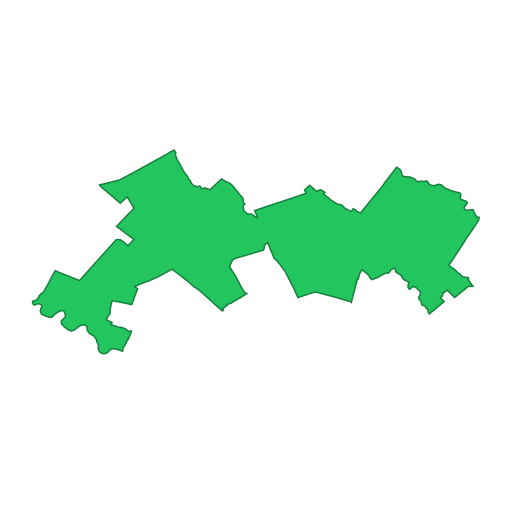 the district of Ulmi, Dâmbovita, Romania, rotated 182°
{"feature_id": "2599482B32143237238220", "entity_name": "Ulmi", "entity_type": "district", "adm_level": 2, "iso_a3": "ROU", "parent_name": "Romania", "parent_adm1": "Dâmbovita", "projection": "robinson", "projection_center": [25.49, 44.891], "detail": "fine", "context": "isolated", "style": "filled", "palette": "green", "viewbox_px": 512, "rotation_deg": 182, "n_neighbors": 0, "source": "geoboundaries", "source_scale": "gbopen_adm2", "svg_char_len": 6034}
<svg xmlns="http://www.w3.org/2000/svg" viewBox="0 0 512 512"><g transform="rotate(182 256 256)"><path d="M395.2,327.1L414.8,321.6L413.8,320.3L413.2,319.7L409.2,316.5L407.6,315.3L403.9,312.3L400.7,309.9L397.3,307.0L396.0,306.1L394.9,305.1L393.5,304.0L386.8,310.6L379.5,299.4L384.8,293.7L396.4,280.7L378.6,268.3L384.4,261.8L388.4,265.2L391.4,267.1L392.1,267.4L394.1,267.7L395.9,267.5L396.5,267.2L416.2,243.7L431.5,225.3L444.1,229.9L446.4,230.6L453.3,233.2L456.1,234.4L459.3,228.3L459.4,228.0L463.1,220.2L465.4,215.8L465.9,215.2L466.9,212.8L467.8,211.7L469.2,211.1L471.2,208.8L471.4,208.6L471.3,207.8L471.5,207.3L472.1,206.9L473.3,205.0L475.8,203.4L476.8,203.4L477.2,203.3L477.7,202.8L477.8,202.1L477.1,200.2L475.7,199.2L474.4,199.9L472.8,200.5L471.8,200.6L470.6,200.5L470.0,200.3L468.7,199.4L468.2,198.4L468.4,197.3L469.2,196.1L469.6,194.0L469.4,192.7L468.8,191.4L468.4,190.3L464.4,188.8L460.2,187.5L458.7,187.6L457.5,187.9L456.6,189.0L454.6,191.1L452.5,192.8L449.7,194.1L448.1,194.6L446.8,194.6L446.0,194.1L444.4,190.5L444.3,189.1L445.3,187.4L446.7,186.1L448.2,184.5L448.3,183.3L447.7,181.1L445.5,178.8L442.0,176.3L439.9,175.2L438.3,174.6L435.3,175.4L431.5,178.6L429.1,180.4L426.3,181.1L424.2,180.9L422.4,179.4L422.3,176.6L421.4,174.9L419.8,172.9L415.1,170.2L412.4,166.7L412.1,164.7L411.0,162.9L410.3,161.0L410.3,160.2L410.5,158.6L410.2,157.0L409.0,154.8L407.0,153.4L404.7,153.0L402.3,153.5L400.3,155.0L398.6,157.3L396.2,158.3L394.3,158.3L390.5,157.6L386.1,156.2L385.6,159.7L385.3,159.9L382.4,165.0L382.4,165.3L382.7,165.6L380.0,169.7L380.3,170.1L379.9,171.1L379.2,172.4L378.5,174.4L378.0,176.5L378.0,176.8L380.3,176.3L380.9,176.5L381.4,176.7L384.2,178.7L385.7,179.4L388.8,180.0L389.6,180.0L390.6,179.9L391.3,179.9L393.6,181.0L394.5,181.3L395.7,181.6L396.9,181.7L397.6,182.0L398.4,182.3L398.5,182.4L397.5,184.4L403.5,187.2L401.7,190.7L400.3,192.5L399.8,193.3L399.9,196.3L399.8,198.2L399.2,202.0L398.4,205.6L398.3,205.9L397.9,206.2L392.5,205.5L384.3,204.1L383.1,204.0L381.3,203.5L378.5,203.1L374.4,215.7L373.1,218.9L376.2,221.3L372.9,222.7L370.9,223.8L366.9,225.6L365.2,226.2L364.0,226.7L358.0,229.4L357.1,230.0L353.8,231.4L350.8,233.2L349.7,233.7L347.6,235.0L347.0,235.5L345.8,236.1L344.0,237.1L343.0,237.9L341.6,238.6L339.4,239.9L338.9,239.5L332.7,235.1L325.0,229.5L323.7,228.8L315.9,222.2L314.8,222.2L313.6,221.1L311.7,219.9L301.5,211.5L300.6,210.6L293.4,204.6L292.8,204.1L292.7,204.2L291.7,203.4L291.8,203.3L289.2,201.3L287.7,199.9L286.6,200.7L287.6,202.2L285.5,203.6L285.4,204.1L283.2,205.6L283.6,206.0L282.5,206.9L281.3,207.4L279.4,207.9L276.2,210.1L270.2,213.8L265.8,216.8L263.9,218.2L265.9,218.8L269.9,224.8L272.3,229.3L274.4,232.7L274.9,233.7L275.5,234.7L276.8,236.8L279.0,239.8L282.1,244.7L279.3,251.2L278.6,251.8L275.5,253.3L256.9,259.4L248.8,262.2L248.6,262.3L248.3,262.9L248.2,264.4L248.0,265.6L247.6,267.0L247.3,267.9L247.2,268.1L245.6,269.1L244.9,269.8L237.7,254.3L235.3,252.2L232.0,248.7L226.3,241.5L217.8,226.2L212.6,215.9L195.7,222.2L174.1,217.3L167.7,215.6L159.3,213.5L159.1,213.2L153.7,237.0L153.3,236.9L152.9,236.7L152.0,241.5L150.8,244.1L149.1,245.8L142.7,240.7L141.2,238.0L139.5,236.4L133.8,238.7L131.8,240.1L126.6,243.0L125.7,243.6L123.3,243.4L121.4,245.1L121.1,246.6L118.1,248.5L116.6,248.4L115.7,245.0L114.5,244.2L110.0,241.5L109.4,239.9L108.4,238.5L107.5,237.5L104.8,236.4L102.1,234.8L103.1,232.2L102.9,229.9L102.0,228.5L101.5,228.1L97.7,231.1L95.1,230.1L90.6,226.1L90.3,223.9L92.0,220.3L91.4,218.2L89.5,216.7L89.1,214.7L88.6,212.8L87.0,212.3L86.9,212.3L85.2,211.9L84.3,209.9L82.3,208.5L81.9,206.0L80.9,204.2L80.7,204.2L66.4,217.0L70.2,220.8L68.1,222.8L67.8,225.8L66.7,226.2L63.8,228.5L56.0,221.5L47.6,228.7L42.9,233.0L38.1,233.3L42.7,239.2L42.9,240.4L43.0,241.8L43.6,241.9L44.4,242.0L47.3,242.1L48.4,242.3L51.5,244.8L52.6,245.8L53.8,246.5L57.0,249.4L58.0,250.1L59.1,250.7L59.8,251.3L61.2,252.2L63.0,253.9L61.5,255.7L48.7,276.8L46.1,281.4L43.6,285.3L42.8,286.3L34.9,299.2L34.2,302.4L36.0,302.5L37.3,303.6L39.4,307.0L40.7,309.8L42.8,309.8L45.0,309.2L46.9,309.1L48.4,309.4L49.5,310.5L49.7,311.8L48.5,313.8L47.8,314.9L46.8,315.7L46.7,316.3L47.2,317.4L47.8,317.9L50.4,318.9L52.6,319.5L53.5,320.1L53.9,321.0L53.8,322.5L53.5,324.0L53.5,324.8L53.9,325.4L54.5,326.1L55.4,326.4L56.8,326.6L63.3,328.1L65.7,329.1L68.1,329.8L70.4,331.2L73.4,333.6L74.8,333.8L76.6,334.0L79.6,332.7L81.7,332.6L83.2,332.8L84.1,333.0L85.1,333.6L86.1,334.7L87.6,336.8L88.1,337.0L89.2,336.7L89.5,336.5L91.5,336.3L92.2,336.6L94.5,336.4L95.9,336.0L96.4,335.9L97.0,336.0L98.1,336.4L100.3,338.6L100.8,339.0L102.0,339.1L103.1,339.5L104.3,340.2L104.9,340.4L108.3,340.3L110.6,340.6L111.6,340.8L113.0,342.1L114.0,345.8L114.3,346.4L115.4,347.5L116.4,348.3L118.6,349.6L123.2,343.0L130.3,333.3L130.3,332.7L130.6,332.4L132.6,329.4L133.0,329.1L153.2,302.5L158.0,304.7L157.7,305.2L160.5,306.7L162.3,304.0L163.5,304.2L166.7,305.8L169.7,307.5L170.5,308.6L172.7,310.2L176.0,310.7L177.6,311.4L184.1,315.2L185.2,316.5L187.0,317.5L188.7,318.9L190.8,320.0L189.3,322.0L192.1,323.7L193.7,324.5L195.7,323.8L196.7,323.3L197.5,322.7L198.2,323.1L204.1,327.9L205.0,328.5L209.8,323.6L208.1,320.5L213.7,318.2L258.9,301.4L255.9,294.7L256.2,294.6L257.3,294.7L261.6,297.5L262.9,297.9L264.6,297.8L265.3,297.4L266.3,297.8L269.9,301.2L270.7,305.3L270.3,306.4L268.9,307.4L270.1,308.6L270.7,310.2L271.0,312.9L271.8,314.2L273.5,315.8L281.2,324.8L283.9,327.2L285.8,328.3L286.8,328.7L288.8,329.2L289.2,329.5L289.7,330.0L291.1,330.6L293.0,331.9L303.4,321.6L303.7,321.1L303.8,320.6L306.0,321.2L308.3,322.0L309.2,322.2L309.9,322.2L311.2,321.5L312.1,321.4L312.6,321.7L313.1,322.1L314.1,323.6L314.4,323.7L315.6,323.8L317.9,323.2L318.4,323.3L321.4,324.7L322.2,325.4L323.0,326.3L323.6,327.3L324.4,329.2L324.7,329.5L325.9,330.3L326.3,330.7L326.5,331.3L327.0,332.9L327.4,333.5L328.3,334.5L329.0,335.1L330.1,336.6L331.2,337.8L331.2,338.1L335.8,346.0L336.5,347.3L337.2,347.8L338.1,349.6L339.2,351.8L339.8,353.5L340.0,354.6L340.0,355.6L339.7,356.6L340.4,357.1L341.2,359.0L342.3,358.6L344.7,357.3L348.8,354.6L381.9,334.8L395.2,327.1Z" fill="#22c55e" stroke="#15803d" stroke-width="1.5"/></g></svg>